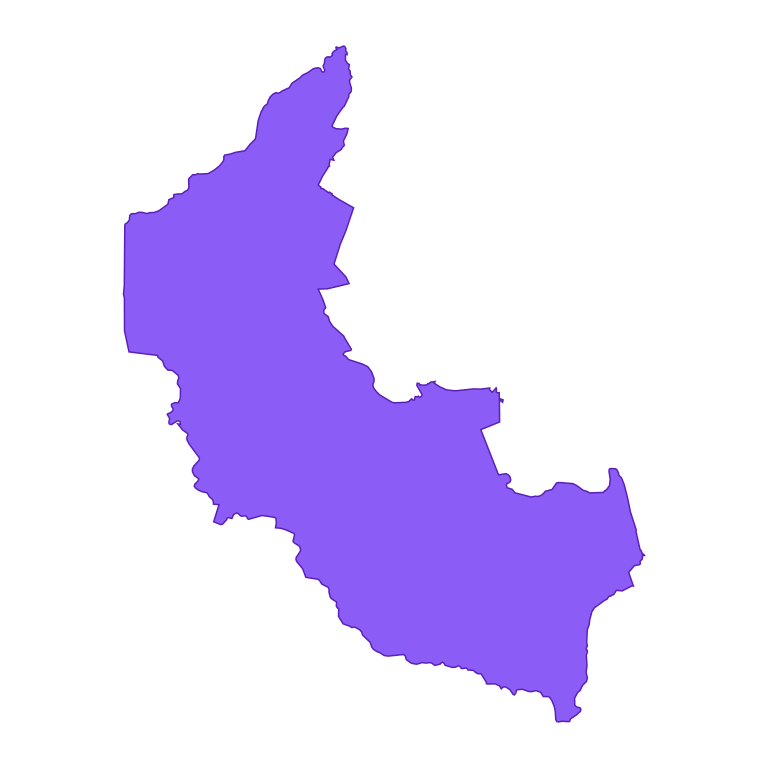 Mineral del Monte, Hidalgo, Mexico
{"feature_id": "50627088B71257963793973", "entity_name": "Mineral del Monte", "entity_type": "district", "adm_level": 2, "iso_a3": "MEX", "parent_name": "Mexico", "parent_adm1": "Hidalgo", "projection": "albers", "projection_center": [-98.654, 20.148], "detail": "fine", "context": "isolated", "style": "filled", "palette": "violet", "viewbox_px": 768, "rotation_deg": 0, "n_neighbors": 0, "source": "geoboundaries", "source_scale": "gbopen_adm2", "svg_char_len": 6077}
<svg xmlns="http://www.w3.org/2000/svg" viewBox="0 0 768 768"><path d="M644.5,555.5L643.6,554.2L642.4,554.7L642.3,553.4L640.8,550.0L640.1,549.7L636.0,531.6L636.2,529.8L630.4,511.8L627.6,498.1L624.2,484.7L621.6,478.1L618.8,475.1L618.5,472.9L617.0,469.9L615.7,468.8L610.9,468.5L609.3,469.1L609.0,471.5L610.2,479.1L609.7,484.2L609.4,485.7L606.5,489.8L604.4,491.0L603.5,492.4L589.5,492.9L587.3,491.5L583.2,490.3L576.8,485.6L572.9,483.6L559.3,482.5L556.6,482.9L552.0,489.5L545.2,491.3L543.6,493.4L540.8,495.5L537.8,496.5L535.5,496.2L531.1,497.0L514.9,492.8L512.2,489.3L507.2,487.7L506.4,485.2L506.6,484.0L509.8,482.2L510.8,480.0L509.9,476.6L508.4,474.9L505.9,473.7L498.5,474.8L480.8,429.6L499.6,422.0L499.4,399.7L502.6,402.3L503.1,399.9L499.3,398.5L499.3,392.6L496.9,392.6L496.2,391.9L496.6,389.4L496.1,387.9L492.2,392.3L489.4,389.4L489.8,388.0L480.7,389.1L473.6,388.9L455.7,390.8L451.8,390.5L446.4,389.8L440.2,387.0L434.2,383.2L435.1,381.5L430.7,382.1L428.5,383.9L427.8,383.6L426.8,384.9L422.8,385.2L420.9,384.8L420.0,385.2L419.2,383.5L417.2,383.2L416.8,385.3L422.1,394.7L421.5,396.4L419.4,397.4L418.4,396.2L417.7,396.7L415.2,396.6L414.4,400.0L413.3,400.3L411.6,398.8L408.6,401.6L406.1,402.3L395.0,402.8L392.2,402.4L379.7,394.9L376.8,392.1L373.8,388.2L372.8,385.1L374.1,380.9L373.9,378.0L371.5,371.7L367.8,366.7L362.3,364.0L349.3,359.8L348.1,359.1L345.8,356.2L344.0,355.5L343.1,354.1L345.1,351.8L350.8,350.4L351.4,349.3L344.3,337.5L344.0,336.3L332.7,326.2L329.5,321.2L328.2,316.6L323.9,313.4L323.8,310.3L325.7,307.6L322.9,299.6L318.2,289.1L327.4,288.8L349.1,283.6L345.9,276.9L334.0,264.1L340.4,243.9L345.8,231.0L353.6,207.8L338.6,199.3L331.7,194.7L332.2,193.9L329.4,192.1L328.7,192.8L323.0,188.7L320.9,188.4L320.9,187.1L318.2,185.1L322.5,176.3L328.0,167.7L327.8,167.2L329.5,166.1L329.1,164.9L330.1,159.4L333.9,160.2L332.6,157.3L336.1,152.7L341.3,149.5L342.3,147.5L344.3,145.4L343.4,141.0L346.7,134.4L348.2,128.5L345.5,128.2L341.4,129.1L336.0,128.7L332.9,127.2L332.0,126.0L336.9,115.8L342.9,107.4L344.3,106.2L348.8,96.7L348.9,94.1L350.9,92.1L351.3,90.4L351.4,88.2L349.8,82.8L349.6,80.0L352.0,77.0L350.4,74.8L350.1,70.8L348.6,69.1L349.4,64.5L347.6,63.6L345.4,60.0L345.5,54.5L347.1,54.7L347.1,52.6L345.6,50.9L345.9,48.6L344.6,46.3L343.4,46.1L339.0,47.9L336.3,47.0L335.9,47.4L336.2,48.6L337.1,49.3L333.5,51.5L332.0,53.8L332.5,55.2L329.9,57.3L329.1,56.8L327.5,56.8L325.6,57.8L324.9,59.3L324.3,63.6L323.3,65.4L323.2,66.6L324.8,70.2L324.1,71.8L322.2,72.0L320.4,68.6L318.4,67.8L315.3,68.1L313.0,68.9L308.2,72.4L302.7,75.1L299.6,78.0L291.8,83.4L289.3,87.7L282.4,90.8L280.1,92.5L278.3,93.2L275.9,92.7L273.1,94.1L270.2,96.9L268.3,100.6L267.2,104.2L265.2,105.4L263.4,107.4L262.2,110.4L261.5,110.9L258.2,120.5L255.7,137.6L255.1,139.3L250.2,144.1L245.0,150.7L235.8,152.3L230.0,154.1L224.7,155.1L223.8,156.6L223.9,159.1L223.3,161.1L219.5,165.9L214.6,169.8L209.3,173.0L207.8,173.6L199.2,174.1L197.8,173.6L195.7,174.7L192.7,174.8L188.6,178.9L188.9,187.5L187.7,190.1L185.0,191.4L181.8,193.9L177.2,194.0L173.9,194.6L173.7,197.6L168.9,199.6L167.9,204.2L158.8,210.8L153.9,212.5L149.6,212.6L147.0,213.6L142.8,212.5L139.1,212.2L135.3,213.7L132.2,213.6L130.7,214.3L129.8,215.6L129.3,220.2L127.0,223.0L125.5,223.7L124.8,225.1L124.3,285.5L123.5,294.3L124.4,298.0L124.5,330.8L129.0,351.9L157.6,355.4L158.0,357.3L162.6,360.9L164.4,366.3L167.4,369.7L168.1,370.2L172.2,370.4L178.4,375.5L178.7,378.2L177.7,380.8L177.4,383.8L180.5,388.5L180.3,398.3L178.2,402.9L175.1,402.6L171.7,404.0L171.4,404.7L171.6,406.5L173.2,408.9L172.9,410.5L170.9,412.4L167.5,413.9L167.3,414.5L169.6,418.3L168.9,422.4L169.1,423.6L170.1,424.4L171.6,424.5L177.2,420.9L178.2,420.8L180.2,421.9L180.4,424.4L177.8,423.9L182.6,430.0L187.2,433.2L187.9,434.5L186.8,437.8L187.1,440.2L189.3,444.3L199.4,457.9L199.1,460.3L193.9,465.9L192.4,469.1L192.5,471.9L194.5,475.8L197.3,477.6L198.7,479.2L197.8,481.2L194.7,484.3L194.2,486.1L195.3,487.9L198.5,490.2L202.2,491.7L207.2,492.9L209.4,496.8L212.3,499.3L213.3,501.7L213.5,504.2L219.0,504.6L213.7,521.8L220.7,524.6L222.6,524.1L226.5,519.9L227.4,517.9L228.8,517.7L231.9,518.5L233.7,514.4L236.7,512.9L238.6,513.9L240.4,515.8L241.6,516.2L245.4,515.8L246.8,516.7L247.5,518.6L248.6,519.3L262.0,515.5L273.7,517.2L275.3,517.9L276.0,518.6L276.3,523.3L275.5,527.8L280.2,528.2L285.3,529.6L294.1,533.5L294.5,535.0L293.0,541.2L294.0,542.7L299.4,546.2L300.5,549.0L300.5,550.8L296.1,557.7L296.0,559.9L297.2,562.2L302.7,568.8L305.8,577.3L318.2,579.3L319.6,580.6L321.7,584.0L328.3,587.4L329.0,589.1L329.0,592.3L330.4,597.4L331.5,598.7L336.6,602.1L336.3,606.0L337.3,607.9L338.7,608.4L338.5,616.4L342.6,623.1L343.3,623.9L349.8,626.2L351.8,627.6L353.5,627.1L355.0,627.2L359.6,629.7L361.6,632.0L362.7,635.2L370.3,642.5L371.6,646.8L373.6,649.5L377.1,651.7L379.8,652.7L384.2,655.5L388.1,656.1L403.6,654.5L405.4,656.1L406.3,659.7L411.0,663.0L412.8,663.6L416.8,664.2L422.0,662.6L426.3,663.1L429.6,662.6L431.7,663.1L434.8,665.4L440.4,664.0L441.5,662.6L442.5,662.2L444.2,663.4L445.1,665.3L452.2,667.4L455.6,667.2L458.3,665.8L459.9,666.4L461.1,668.2L462.1,668.7L465.7,668.0L467.1,668.6L468.0,670.0L473.5,670.4L475.6,672.5L478.0,673.8L481.0,673.7L486.5,682.5L486.3,683.6L487.4,684.0L495.3,683.9L499.5,685.9L501.3,688.8L503.0,687.0L505.8,687.0L509.8,689.6L513.2,694.5L514.5,694.9L515.5,693.6L516.7,690.0L517.8,689.7L522.5,689.3L528.4,691.4L531.3,691.7L536.1,690.6L540.6,692.3L543.2,696.5L549.0,696.7L551.7,700.2L554.2,706.3L555.2,710.9L555.8,719.8L556.8,721.6L559.0,721.9L562.2,721.2L568.7,721.7L569.7,721.4L570.3,719.1L577.3,714.3L579.0,712.3L580.1,711.8L580.6,710.6L580.9,709.7L580.4,708.0L576.3,706.8L574.8,704.9L574.6,698.1L577.8,692.3L580.0,690.7L582.5,685.4L586.4,681.6L587.4,677.9L586.1,672.2L587.0,665.9L586.3,655.1L587.4,652.1L587.3,650.3L586.5,649.8L586.2,648.1L587.4,645.9L586.7,642.7L587.3,629.6L589.1,624.9L589.8,619.5L591.9,611.7L594.5,607.7L604.8,600.2L606.8,599.4L609.1,596.2L610.5,596.2L612.5,594.8L613.6,594.7L616.4,590.3L622.2,590.9L631.9,585.9L633.4,586.1L628.7,572.4L634.3,565.7L639.4,564.7L640.4,563.7L640.0,561.5L642.3,559.0L642.4,555.8L644.5,555.5Z" fill="#8b5cf6" stroke="#5b21b6" stroke-width="1.5"/></svg>